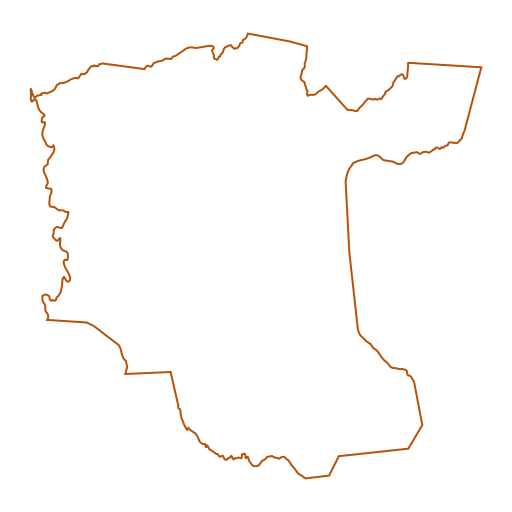 outline of Villa de San Antonio, Comayagua, Honduras
{"feature_id": "27666195B41071058173253", "entity_name": "Villa de San Antonio", "entity_type": "district", "adm_level": 2, "iso_a3": "HND", "parent_name": "Honduras", "parent_adm1": "Comayagua", "projection": "equal_earth", "projection_center": [-87.548, 14.295], "detail": "fine", "context": "isolated", "style": "outline", "palette": "amber", "viewbox_px": 512, "rotation_deg": 0, "n_neighbors": 0, "source": "geoboundaries", "source_scale": "gbopen_adm2", "svg_char_len": 5768}
<svg xmlns="http://www.w3.org/2000/svg" viewBox="0 0 512 512"><path d="M30.8,88.4L30.7,90.3L31.1,95.7L30.7,98.9L31.2,100.8L32.0,101.6L34.2,99.6L35.1,99.6L35.9,100.0L36.5,101.1L38.2,107.4L39.1,109.7L41.0,112.1L44.4,114.8L44.5,115.4L44.2,116.2L42.4,117.4L41.6,120.9L41.7,121.7L42.1,122.2L42.9,122.4L44.4,122.1L44.8,122.4L45.0,123.0L44.5,126.1L43.1,129.6L42.4,132.7L42.4,135.3L43.2,138.0L45.8,142.6L46.3,144.3L47.3,145.5L49.0,146.6L51.2,147.2L52.2,146.9L53.4,145.6L54.3,148.0L54.2,150.3L53.5,152.4L50.1,157.5L48.2,159.6L47.7,164.1L44.5,166.8L43.8,168.2L43.5,169.4L44.0,172.3L45.9,176.1L47.1,179.3L47.8,181.9L47.7,183.4L46.2,186.0L46.0,186.9L46.0,187.7L47.6,188.3L50.7,188.8L51.2,189.1L51.5,189.8L51.4,192.7L50.1,195.9L49.8,197.4L49.3,203.3L49.5,205.1L50.6,206.6L54.5,207.2L58.5,210.2L63.0,210.4L66.2,212.1L68.1,211.9L68.4,212.5L67.2,218.3L64.7,222.1L62.2,227.7L61.2,228.1L57.3,227.0L56.1,227.4L55.2,228.0L54.3,229.1L53.8,230.2L53.6,231.4L53.7,232.7L52.8,236.2L53.2,237.2L54.4,238.7L55.8,240.1L56.8,240.8L57.7,240.6L59.7,238.2L60.2,238.2L60.4,239.5L60.0,244.6L60.2,246.2L60.7,247.6L61.7,249.2L62.4,249.9L63.4,250.5L66.3,251.5L67.5,252.9L67.8,254.4L67.9,256.1L67.8,258.4L67.4,259.7L66.9,260.1L65.4,259.7L64.6,259.9L63.8,261.2L63.7,262.7L64.1,264.6L65.2,267.5L68.1,272.6L69.7,275.9L70.2,277.5L70.1,279.0L69.8,280.2L69.2,281.2L68.5,281.6L67.6,281.6L66.2,280.7L64.3,277.1L63.9,277.0L63.3,277.5L62.4,280.0L62.1,284.9L60.7,292.1L58.6,295.6L56.7,297.4L55.9,299.7L55.3,300.6L54.0,300.6L52.7,300.0L51.7,300.7L50.7,300.6L50.3,299.6L49.7,299.2L49.6,297.9L49.0,296.0L46.8,294.7L45.2,294.5L42.4,295.9L42.3,298.1L42.8,301.7L44.6,303.9L45.1,305.4L45.4,310.6L45.9,311.6L47.7,314.1L48.2,315.7L48.1,318.1L47.1,319.9L86.7,322.5L94.0,326.1L118.7,345.1L120.5,348.5L122.0,354.7L123.5,358.6L126.1,361.1L126.4,363.6L127.2,366.4L127.1,367.1L125.3,374.0L170.6,372.0L178.4,406.1L178.1,406.9L178.2,407.7L178.7,408.5L179.8,409.0L180.3,409.9L180.7,414.6L181.4,417.6L184.4,425.4L186.4,429.0L187.1,429.8L188.2,427.9L189.0,428.6L190.1,429.9L195.3,433.3L197.7,436.6L199.3,440.9L200.2,442.2L203.0,444.2L205.0,444.0L205.8,447.0L206.3,447.0L206.6,446.6L206.8,445.4L207.4,445.5L209.4,449.3L212.8,451.3L215.8,453.6L216.6,454.0L217.7,454.1L219.3,456.6L220.8,456.6L221.9,455.8L222.9,455.8L224.4,458.9L225.3,459.7L226.9,459.6L228.3,458.1L229.7,457.7L231.3,455.9L231.8,456.3L232.7,458.6L233.3,459.3L234.0,459.2L234.7,458.2L237.2,458.1L238.3,457.5L241.3,458.2L241.8,457.0L242.0,454.4L244.7,453.7L245.1,454.0L245.8,458.1L246.1,458.1L247.4,456.8L247.8,456.8L249.2,460.9L252.2,465.2L253.5,466.0L255.6,466.2L257.4,466.0L259.0,465.2L261.6,461.4L262.6,460.6L265.1,459.4L267.2,456.9L271.9,456.0L274.7,457.6L276.8,457.8L279.2,458.7L281.9,456.9L283.6,456.8L284.7,457.2L286.1,458.8L288.2,460.2L290.1,462.7L291.1,464.8L293.8,467.6L297.1,472.1L298.9,474.1L302.7,476.3L304.3,477.8L305.5,478.4L329.1,475.6L338.8,456.2L408.3,448.7L422.3,425.1L414.1,382.0L411.0,376.7L410.3,376.0L407.6,375.1L406.9,371.3L406.4,370.4L405.5,369.8L404.2,369.6L403.1,369.1L398.7,369.0L396.3,368.2L393.5,368.1L390.8,367.2L387.9,363.4L383.7,359.8L380.9,356.3L377.4,351.1L374.1,348.4L373.1,348.0L370.7,344.2L365.6,340.7L363.4,338.1L361.3,336.4L359.7,334.4L358.4,331.2L357.7,327.9L349.4,252.9L345.6,181.4L346.6,176.0L347.7,172.3L349.3,168.9L350.8,166.5L352.2,164.9L352.7,163.4L358.0,160.9L365.8,159.0L369.4,157.8L374.5,155.4L376.4,155.1L378.7,155.9L383.4,160.1L390.3,161.3L392.2,161.4L397.9,164.0L400.9,164.0L403.7,162.0L406.3,157.5L407.0,156.6L410.1,153.8L411.7,153.0L417.1,152.2L419.0,153.5L419.9,153.8L421.1,153.4L422.8,152.2L423.9,151.9L426.3,151.8L428.5,152.6L429.3,152.6L432.0,150.8L432.9,149.7L433.7,149.7L434.6,149.4L435.4,148.1L436.2,147.6L437.7,147.6L438.9,148.7L439.6,148.9L440.5,148.6L441.6,147.2L443.1,147.8L445.4,145.8L447.7,145.2L448.6,142.9L449.0,142.5L450.6,142.4L456.4,143.1L457.8,142.7L461.7,138.4L463.1,133.8L464.5,130.9L481.3,67.3L408.3,62.8L408.0,63.9L408.2,66.5L407.8,69.0L407.3,75.8L406.9,77.2L406.3,78.1L405.3,78.8L404.5,78.8L403.2,75.3L402.6,74.6L402.0,74.3L400.7,74.7L398.5,76.4L397.5,76.4L393.7,82.1L393.0,83.6L392.8,85.3L392.1,86.6L389.3,89.4L385.7,91.7L385.2,92.8L385.2,93.9L383.7,95.4L383.3,96.3L381.0,99.0L379.1,98.6L378.1,99.4L377.0,99.6L375.1,98.8L374.2,99.4L373.1,99.5L368.6,98.6L368.1,98.6L367.3,99.2L364.2,102.8L362.4,105.3L359.5,107.8L357.8,110.4L356.8,111.1L355.7,111.1L352.5,110.2L347.4,109.8L326.0,85.9L322.1,89.6L318.1,91.9L315.6,94.3L313.8,94.8L309.7,94.9L307.9,95.7L307.6,95.5L307.0,94.3L307.5,91.1L306.5,89.3L305.7,86.2L305.1,85.4L304.5,82.2L301.8,80.3L300.8,78.9L300.5,77.6L300.8,76.0L301.8,72.9L302.2,70.0L302.8,69.3L303.9,68.6L304.9,66.5L304.6,63.9L305.4,61.7L306.4,57.4L306.4,53.8L307.0,50.6L307.0,46.2L290.0,41.5L248.0,33.6L246.0,38.1L243.4,39.7L242.9,40.6L242.5,42.3L241.9,42.8L240.8,43.0L240.1,43.4L239.0,46.4L237.3,48.1L234.0,48.7L233.7,48.1L232.2,47.1L231.5,45.6L230.6,45.2L229.2,45.5L225.0,47.4L223.8,49.2L222.6,52.8L220.5,54.6L220.0,56.5L219.0,56.6L217.6,59.5L217.3,59.8L216.6,59.7L215.8,59.0L214.6,58.7L213.9,58.2L214.0,55.6L212.0,50.6L212.4,49.7L213.6,48.7L213.7,47.8L213.3,46.8L212.3,46.1L209.3,45.8L196.9,47.9L194.0,47.8L191.5,47.3L189.3,47.5L186.6,48.3L175.7,55.8L172.8,56.7L171.2,58.9L165.7,58.6L164.4,59.3L162.8,60.5L158.7,61.3L154.2,62.9L153.7,63.2L152.0,65.8L151.3,66.5L150.4,66.7L148.6,65.9L147.2,65.8L145.7,67.1L144.5,69.1L102.1,63.4L100.6,64.1L99.2,64.3L98.7,65.3L98.0,66.1L95.0,66.1L94.7,65.5L94.3,65.4L93.9,65.5L93.4,66.2L91.2,66.2L89.5,68.5L88.3,69.6L87.2,72.2L86.3,72.5L84.2,74.3L81.3,73.8L79.1,77.1L78.0,78.3L75.3,77.8L70.7,79.4L68.5,81.0L63.6,83.0L59.7,83.2L58.4,84.3L56.8,85.1L54.9,89.0L52.0,91.4L50.3,91.9L47.0,93.4L44.3,92.7L42.8,93.3L41.7,93.3L41.2,93.9L41.2,95.0L37.2,95.6L35.0,97.7L34.3,97.3L33.4,95.8L32.5,93.6L30.8,88.4Z" fill="none" stroke="#b45309" stroke-width="2"/></svg>